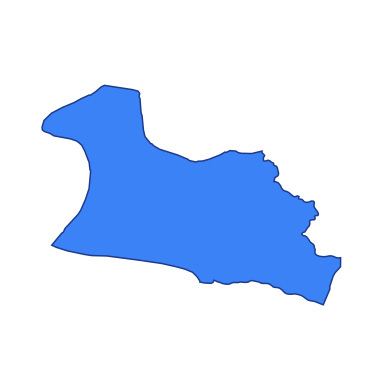 Pochuta, Chimaltenango, Guatemala (Equal Earth projection), rotated 278°
{"feature_id": "79465075B89019096689616", "entity_name": "Pochuta", "entity_type": "district", "adm_level": 2, "iso_a3": "GTM", "parent_name": "Guatemala", "parent_adm1": "Chimaltenango", "projection": "equal_earth", "projection_center": [-91.081, 14.532], "detail": "fine", "context": "isolated", "style": "filled", "palette": "blue", "viewbox_px": 384, "rotation_deg": 278, "n_neighbors": 0, "source": "geoboundaries", "source_scale": "gbopen_adm2", "svg_char_len": 3899}
<svg xmlns="http://www.w3.org/2000/svg" viewBox="0 0 384 384"><g transform="rotate(278 192 192)"><path d="M285.4,90.4L283.5,87.5L277.8,82.5L273.7,77.9L273.7,76.7L269.1,69.4L264.2,62.9L257.9,52.2L250.5,41.9L242.2,35.5L235.5,34.5L232.8,35.1L231.4,37.3L230.3,43.0L228.4,47.5L227.7,64.2L226.5,70.5L225.1,73.2L222.9,76.4L217.7,80.1L206.8,86.1L199.9,87.8L198.9,88.7L181.1,89.6L170.0,87.6L158.3,84.3L154.0,82.3L138.3,71.4L134.3,70.2L133.1,68.7L119.8,60.5L118.3,65.5L116.4,76.6L115.2,94.5L115.1,101.5L116.8,116.5L117.1,146.4L117.0,171.9L115.8,186.5L114.7,195.5L112.6,203.7L108.9,208.7L104.9,212.2L103.9,212.3L103.9,213.4L103.7,215.8L103.7,217.0L103.8,218.9L104.0,220.9L104.1,222.0L104.2,223.4L105.1,225.0L105.7,225.5L106.8,225.9L107.6,225.9L107.6,227.1L107.0,228.6L106.6,229.8L106.4,231.4L106.2,232.9L105.7,234.7L105.5,236.2L105.5,238.3L105.6,239.3L105.7,240.6L106.1,241.9L106.7,243.0L107.6,244.3L108.1,245.6L108.3,246.7L108.5,248.3L108.6,249.6L109.0,250.9L109.6,252.1L109.7,255.0L109.8,256.0L109.9,257.1L110.1,258.5L110.4,259.5L110.9,260.6L111.9,261.8L112.6,263.3L112.6,265.3L112.5,266.5L112.3,268.5L112.3,269.8L112.1,271.3L111.4,272.9L111.3,274.3L111.4,275.8L111.7,277.1L111.8,278.6L111.8,280.5L111.5,281.7L110.9,283.1L110.2,284.3L109.6,285.1L109.2,286.0L109.1,287.5L109.2,289.1L109.2,290.1L109.1,291.7L108.5,293.1L107.7,294.5L107.1,295.3L106.1,296.6L105.4,297.5L104.7,298.7L104.4,300.3L104.3,301.4L104.4,303.0L104.6,304.7L105.0,306.1L105.4,308.1L105.4,309.6L105.3,310.9L105.1,312.5L104.9,314.0L104.4,315.6L104.0,316.4L103.4,317.7L102.6,319.0L102.1,320.0L101.4,321.2L101.0,322.9L100.8,323.8L100.8,324.9L100.8,326.6L100.7,328.2L100.5,329.6L100.3,330.5L99.8,332.4L99.4,334.2L99.1,335.3L98.8,336.5L98.6,337.7L114.9,342.0L117.7,341.6L128.4,343.5L132.1,345.0L138.6,349.5L147.6,348.3L147.1,346.7L147.0,345.3L147.2,343.4L147.7,341.6L148.0,340.2L148.1,339.0L147.9,337.1L147.6,336.2L147.1,334.8L146.7,333.5L146.4,332.4L146.2,330.6L146.1,329.2L146.1,327.9L146.2,326.7L146.6,325.0L146.9,324.1L147.7,322.9L149.0,322.2L150.5,322.0L151.7,322.0L152.6,321.7L153.7,321.0L154.7,320.8L156.0,320.3L157.1,319.3L157.8,318.0L158.7,316.4L159.4,315.6L160.8,314.5L162.1,313.2L162.8,312.6L163.6,311.6L164.3,309.9L164.4,308.0L165.1,306.7L166.5,306.8L167.2,307.3L167.7,308.3L168.1,309.2L169.5,310.0L170.8,310.5L171.6,310.9L172.8,311.4L173.8,312.2L174.8,312.8L175.8,313.0L177.2,313.1L178.6,312.7L179.7,312.5L180.8,313.6L181.1,314.6L181.3,315.7L181.7,317.2L182.6,317.7L183.7,317.3L184.7,316.8L185.5,317.2L185.9,318.3L186.1,319.6L187.0,320.3L188.4,320.0L189.4,319.4L190.6,318.4L191.6,317.4L192.7,316.3L193.5,315.6L194.5,314.9L195.6,314.7L196.7,314.6L197.7,314.6L199.0,314.5L199.8,313.6L199.7,311.5L198.7,309.7L198.1,308.5L197.8,307.3L197.7,305.5L198.1,304.2L198.9,303.4L199.9,302.1L200.0,300.1L200.1,298.5L201.1,298.3L202.4,298.6L202.8,296.8L202.3,295.9L201.6,294.8L201.6,293.8L202.2,292.3L202.9,291.3L203.4,290.3L203.9,289.5L204.6,288.4L205.1,287.5L205.7,285.7L205.8,284.6L206.1,283.0L207.1,281.3L208.1,280.4L209.2,279.6L210.5,278.8L211.8,277.6L212.7,276.6L213.2,275.8L213.7,274.1L213.8,273.0L213.8,271.6L214.9,271.9L216.0,272.0L217.2,271.9L218.3,272.7L219.2,273.9L220.3,274.9L221.4,275.1L222.3,275.2L224.0,274.6L225.3,274.1L226.5,273.6L227.4,273.2L228.4,272.8L229.4,271.7L229.5,270.3L230.1,269.1L231.1,269.0L232.0,268.6L232.4,266.9L233.0,265.7L233.7,264.8L234.0,263.3L233.8,262.1L233.2,261.2L232.7,259.7L232.9,258.5L233.8,258.3L234.9,258.1L236.2,257.9L237.0,258.5L238.3,258.8L239.3,257.7L240.2,256.4L241.2,255.7L242.3,255.7L238.4,245.8L237.2,235.6L237.4,232.3L238.6,229.8L238.3,223.8L236.1,220.7L236.1,219.1L232.8,214.9L226.9,204.5L224.2,198.3L223.3,193.6L222.2,192.0L222.8,185.0L223.8,183.4L226.7,172.4L229.8,154.0L232.5,147.6L234.2,145.4L234.2,144.3L240.2,137.8L246.5,135.3L260.4,132.0L263.5,130.5L277.3,127.5L278.7,126.4L282.4,126.4L284.4,124.5L285.1,118.6L285.4,90.4Z" fill="#3b82f6" stroke="#1e3a8a" stroke-width="1.5"/></g></svg>